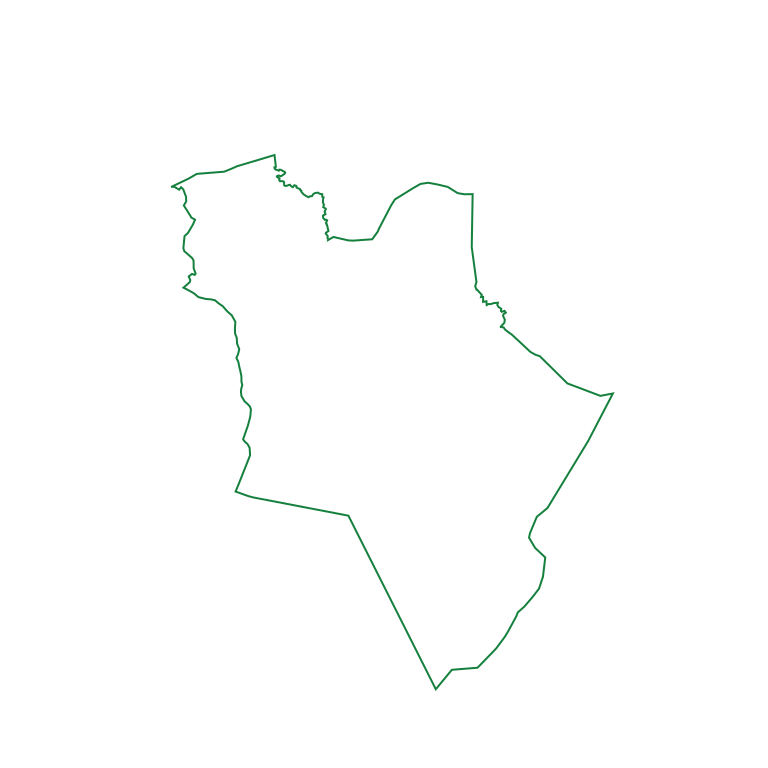 the district of Santos Reyes Yucuná, Oaxaca, Mexico, rotated 54°
{"feature_id": "50627088B24821438412486", "entity_name": "Santos Reyes Yucuná", "entity_type": "district", "adm_level": 2, "iso_a3": "MEX", "parent_name": "Mexico", "parent_adm1": "Oaxaca", "projection": "natural_earth1", "projection_center": [-98.034, 17.773], "detail": "fine", "context": "isolated", "style": "outline", "palette": "green", "viewbox_px": 768, "rotation_deg": 54, "n_neighbors": 0, "source": "geoboundaries", "source_scale": "gbopen_adm2", "svg_char_len": 3116}
<svg xmlns="http://www.w3.org/2000/svg" viewBox="0 0 768 768"><g transform="rotate(54 384 384)"><path d="M282.5,200.7L277.7,207.5L272.9,212.2L262.0,216.6L254.3,223.2L247.2,229.9L243.6,236.8L242.6,245.9L241.1,266.7L243.6,273.1L255.5,297.0L255.7,297.3L257.0,299.4L257.3,300.3L257.5,300.8L260.0,308.5L259.9,308.7L259.6,309.1L249.8,324.8L246.7,328.6L235.3,338.5L234.7,344.5L234.2,343.9L233.2,344.1L232.5,343.8L232.0,343.1L231.2,342.6L228.0,342.7L227.5,342.1L227.6,339.0L223.9,337.5L222.5,336.8L221.5,336.8L221.1,336.3L220.3,336.5L219.6,336.2L218.2,333.8L217.0,334.3L216.5,335.3L213.9,335.6L211.9,334.4L212.2,331.5L209.5,330.6L208.5,328.4L207.9,328.1L205.1,329.2L203.8,327.3L201.2,326.7L199.1,325.1L197.5,323.2L196.6,323.9L195.9,323.7L194.2,322.4L192.0,324.4L190.4,324.9L189.0,327.4L188.8,329.7L189.7,331.8L188.6,333.8L188.5,335.3L186.1,336.5L183.3,337.6L179.7,337.9L178.9,337.2L177.8,337.8L176.8,337.4L176.1,337.9L173.8,339.3L172.3,338.5L170.5,339.7L171.2,342.1L169.6,342.8L167.5,343.0L167.0,344.1L166.5,346.2L165.8,347.3L164.7,348.0L162.2,346.4L161.4,346.1L160.4,346.7L158.8,348.9L157.9,349.0L157.2,348.8L156.7,347.9L156.1,347.7L153.9,348.8L153.0,348.6L153.0,347.6L153.8,346.3L155.1,345.6L155.4,344.7L155.5,340.7L155.0,339.7L153.7,339.7L153.1,340.2L150.0,341.6L149.1,342.6L149.6,343.4L149.6,343.8L148.7,344.2L146.7,345.7L145.4,345.8L144.4,345.3L145.0,344.7L144.7,343.8L134.4,338.0L121.5,374.7L121.0,377.0L120.6,379.0L120.1,381.2L118.3,388.5L104.0,411.9L103.0,421.3L99.5,440.3L101.2,437.7L106.4,435.5L105.5,432.5L108.5,432.0L116.2,434.1L120.0,436.7L121.9,441.0L134.3,441.8L135.9,442.1L140.0,440.3L142.7,444.9L146.6,453.8L147.1,458.4L156.0,466.3L156.7,466.7L159.3,467.5L161.6,466.9L169.5,465.2L172.2,465.5L178.6,470.0L183.9,471.5L184.5,473.0L182.1,474.6L182.2,478.8L186.0,479.6L187.4,481.1L188.2,489.6L194.0,486.7L199.1,484.4L204.6,483.1L210.4,478.2L213.8,474.3L216.9,471.5L221.5,470.4L226.4,468.7L233.2,468.1L239.0,466.8L246.3,467.7L251.4,471.9L255.6,474.8L260.1,476.0L265.1,479.2L270.7,480.6L273.9,484.3L276.2,488.1L280.6,488.9L284.9,490.9L289.5,492.8L293.9,494.8L298.4,498.0L301.6,499.3L303.7,502.0L306.0,504.2L309.9,506.4L316.1,507.0L320.2,506.1L323.5,505.7L326.5,506.7L331.9,511.5L337.7,518.6L341.7,524.4L344.1,527.8L345.8,530.4L347.9,530.6L349.9,530.3L352.2,529.7L356.6,530.2L363.0,534.3L380.3,561.6L383.8,567.3L394.9,559.7L399.2,556.2L469.6,490.2L661.4,521.5L655.1,497.1L668.5,475.1L664.7,453.2L663.9,448.8L659.5,434.7L656.8,428.4L649.7,413.5L647.4,410.0L646.6,401.4L643.6,388.9L640.7,378.9L633.3,368.6L619.1,355.5L605.4,358.1L593.6,357.0L590.5,353.6L581.3,338.5L580.4,324.6L550.2,252.5L526.2,204.4L520.8,215.9L491.3,235.3L453.1,241.6L449.3,244.3L444.1,246.7L419.4,251.5L415.1,252.9L411.6,254.0L408.5,254.0L406.6,256.0L406.2,255.7L405.2,250.7L403.1,248.5L398.8,247.6L397.7,246.2L397.9,243.5L395.7,243.5L394.8,246.3L393.8,246.5L392.0,244.9L388.9,246.1L386.7,245.9L385.2,244.1L383.0,247.7L382.2,250.5L380.7,252.6L380.5,254.5L377.2,252.5L375.8,255.6L371.8,252.6L370.7,254.4L369.4,252.5L362.2,253.3L362.0,253.7L358.4,252.7L355.9,249.3L324.9,232.6L282.5,200.7Z" fill="none" stroke="#15803d" stroke-width="2"/></g></svg>